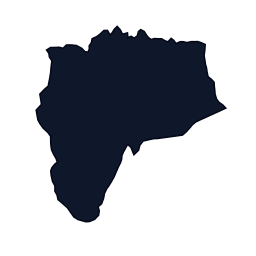 outline of Óleo, São Paulo, Brazil, rotated 9°
{"feature_id": "56859067B72488738088697", "entity_name": "Óleo", "entity_type": "district", "adm_level": 2, "iso_a3": "BRA", "parent_name": "Brazil", "parent_adm1": "São Paulo", "projection": "mercator", "projection_center": [-49.384, -22.97], "detail": "fine", "context": "isolated", "style": "filled", "palette": "ink", "viewbox_px": 256, "rotation_deg": 9, "n_neighbors": 0, "source": "geoboundaries", "source_scale": "gbopen_adm2", "svg_char_len": 1725}
<svg xmlns="http://www.w3.org/2000/svg" viewBox="0 0 256 256"><g transform="rotate(9 128 128)"><path d="M128.9,30.1L125.2,28.8L123.2,31.1L122.8,35.5L120.0,38.3L116.8,36.9L113.8,38.7L112.6,34.1L107.9,36.2L105.1,32.3L101.4,29.3L98.9,32.8L97.6,36.1L95.9,38.9L92.4,34.8L89.0,35.4L85.3,40.1L82.7,42.7L78.6,45.4L78.4,49.6L76.8,52.9L77.4,56.0L76.7,59.2L73.6,59.4L70.0,56.6L64.3,54.6L59.4,54.8L54.2,55.6L51.4,59.4L47.4,59.0L44.1,59.7L38.9,60.6L35.3,63.7L38.1,66.6L39.3,70.3L42.3,73.5L42.5,80.0L42.9,85.5L42.9,90.6L42.6,99.1L39.7,102.5L35.6,108.3L37.7,114.6L38.8,118.3L34.5,124.7L36.3,130.0L37.7,134.0L40.0,137.1L44.1,141.3L49.6,145.0L52.9,148.4L53.9,154.4L54.7,157.7L56.0,161.7L58.8,165.8L61.7,169.4L63.5,172.7L61.2,175.4L59.0,179.2L58.4,182.5L59.4,186.4L61.8,192.6L64.9,196.6L65.7,201.9L68.4,205.3L70.1,209.7L73.8,211.9L80.7,216.3L84.2,220.0L88.4,224.3L93.1,226.3L101.0,227.2L104.6,226.4L109.3,223.5L112.6,218.8L112.6,214.4L110.8,210.4L113.8,206.9L114.9,201.1L115.0,196.3L116.5,191.3L118.3,187.7L120.1,183.3L121.9,178.5L123.2,173.2L124.7,167.5L126.1,163.2L126.6,159.6L126.3,156.2L127.3,152.3L128.4,149.3L130.2,144.2L133.9,146.6L138.0,153.5L141.9,148.4L142.4,143.1L145.0,138.5L154.7,134.6L158.7,133.8L182.9,126.5L186.2,122.6L188.9,118.4L191.2,114.6L193.8,111.6L197.8,108.8L221.5,93.1L217.9,90.3L213.9,88.4L210.9,85.5L208.7,80.9L207.7,76.7L206.8,73.5L205.9,69.4L203.1,67.1L199.0,64.7L197.3,60.2L196.1,56.2L194.6,53.1L193.3,48.9L191.9,44.7L191.7,39.0L191.2,33.4L187.0,32.3L183.4,31.7L180.2,32.3L176.9,32.8L172.8,34.4L169.1,34.1L166.1,34.6L162.2,37.0L159.5,34.3L156.6,32.7L154.0,36.6L151.0,36.1L147.2,34.6L143.2,35.2L140.1,35.5L137.0,37.0L134.2,35.6L131.8,33.4L128.9,30.1Z" fill="#0f172a" stroke="#020617" stroke-width="1.5"/></g></svg>